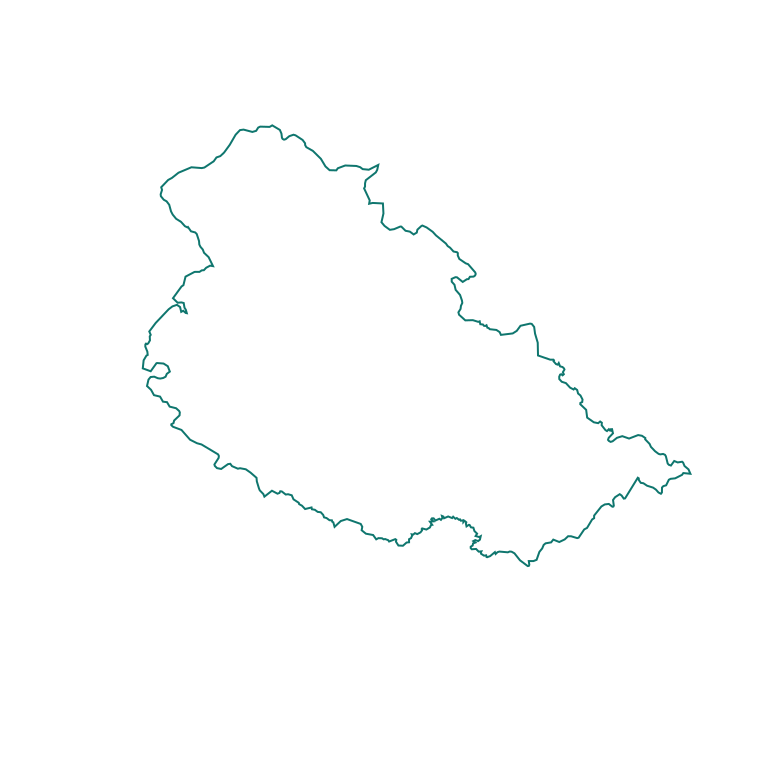 Arivonimamo, Itasy, Madagascar, rotated 128°
{"feature_id": "10022922B99194691228489", "entity_name": "Arivonimamo", "entity_type": "district", "adm_level": 2, "iso_a3": "MDG", "parent_name": "Madagascar", "parent_adm1": "Itasy", "projection": "natural_earth1", "projection_center": [47.286, -19.045], "detail": "fine", "context": "isolated", "style": "outline", "palette": "teal", "viewbox_px": 768, "rotation_deg": 128, "n_neighbors": 0, "source": "geoboundaries", "source_scale": "gbopen_adm2", "svg_char_len": 6155}
<svg xmlns="http://www.w3.org/2000/svg" viewBox="0 0 768 768"><g transform="rotate(128 384 384)"><path d="M330.9,132.2L325.7,130.4L325.6,128.1L326.7,124.5L325.7,123.6L301.6,126.3L301.5,125.2L302.8,124.0L303.8,120.8L302.5,118.5L302.2,114.1L300.0,108.2L299.8,104.7L300.5,100.9L300.0,98.2L298.4,98.2L294.4,101.2L292.5,101.0L290.1,99.3L284.1,100.6L282.3,99.8L279.1,96.5L272.1,93.2L269.9,93.3L266.1,87.3L263.8,91.5L263.6,96.7L261.8,99.9L261.7,101.2L265.0,104.3L266.0,107.9L271.6,107.7L272.3,109.8L272.0,111.5L267.4,117.4L266.8,119.0L267.3,121.0L269.4,123.0L270.0,124.6L270.1,129.0L269.2,135.0L267.7,137.8L266.8,144.1L265.7,144.8L266.0,148.9L267.8,152.3L276.1,157.3L278.4,164.1L283.0,167.3L288.4,168.6L290.1,169.8L290.4,171.8L290.1,173.1L288.0,173.8L281.9,173.2L279.2,176.5L280.1,177.5L281.2,176.6L281.7,177.7L281.3,179.0L283.8,179.3L284.0,181.1L282.5,187.1L280.4,188.5L280.5,190.6L283.0,191.1L285.0,195.1L285.4,203.2L279.9,208.8L279.1,216.9L278.0,217.6L276.2,216.7L274.0,218.0L272.1,222.1L272.0,225.2L269.8,228.1L269.9,231.1L271.6,231.2L272.3,235.1L271.3,241.2L272.8,245.3L272.2,248.9L270.4,250.4L268.2,251.0L267.2,250.4L267.2,248.6L265.6,248.3L264.6,250.3L261.5,250.7L260.9,251.7L260.7,253.8L261.7,256.1L259.9,259.2L261.8,259.0L262.4,260.7L261.7,264.4L260.7,264.6L260.5,265.5L262.5,268.0L266.7,280.2L256.8,288.3L251.3,296.0L246.6,300.8L245.7,304.6L246.5,306.1L254.1,312.3L260.4,312.1L264.9,313.7L273.3,322.1L271.9,324.8L272.2,328.7L275.7,334.4L275.5,336.0L276.0,337.2L274.6,339.4L275.9,339.9L276.6,341.1L276.2,342.7L277.6,344.9L275.7,347.2L277.0,348.0L279.0,353.3L283.8,359.1L283.2,367.5L281.7,369.5L277.7,369.9L275.0,371.5L271.9,372.2L270.2,374.0L267.0,378.9L265.7,385.5L262.4,389.6L261.7,393.6L259.5,395.4L255.9,393.5L255.0,392.2L255.1,384.8L250.4,383.2L249.3,382.0L246.6,382.3L244.2,379.5L242.4,379.0L240.8,379.5L239.9,380.8L237.8,391.5L238.6,393.9L239.1,401.6L237.3,405.0L235.4,406.4L235.2,407.6L236.8,410.8L235.9,415.9L236.1,418.7L235.2,421.7L234.9,434.5L234.1,439.3L234.4,446.8L235.5,451.3L236.4,451.8L241.8,452.7L244.5,451.4L247.9,452.7L248.0,457.4L250.0,461.4L249.3,467.2L249.9,468.1L255.8,471.4L258.9,474.3L259.1,480.9L258.1,485.6L250.0,489.4L242.4,496.0L248.3,504.4L251.1,506.7L248.1,508.3L242.1,520.1L240.1,520.5L237.5,522.5L234.6,523.8L222.3,520.7L219.4,521.2L214.9,523.4L224.5,527.9L227.8,533.1L227.8,536.2L229.2,540.0L235.7,549.1L242.4,553.2L245.0,553.1L249.0,558.5L248.6,564.1L245.4,572.4L244.1,583.5L245.2,591.0L244.3,593.2L242.9,594.4L241.8,598.4L242.5,606.8L243.3,608.8L247.0,611.2L251.6,612.2L253.0,613.2L253.3,614.7L252.8,616.0L249.8,619.0L247.9,622.5L249.0,631.3L251.8,632.4L257.4,640.0L259.4,641.0L263.2,640.6L266.4,642.9L270.0,651.3L272.6,653.8L278.9,654.4L290.5,652.8L300.1,652.5L305.2,653.3L308.6,655.5L313.3,655.3L324.0,658.8L326.1,660.6L331.8,669.2L344.0,676.0L352.2,678.0L356.1,679.7L366.1,680.7L367.7,678.4L372.0,676.8L373.4,675.4L374.4,671.0L373.9,667.8L375.0,663.6L379.1,658.1L380.6,654.8L381.8,649.5L381.2,643.8L382.2,638.0L381.6,635.2L381.0,635.1L382.5,630.1L380.8,626.1L381.1,623.9L385.2,617.8L387.8,615.4L388.9,613.1L389.6,609.6L391.4,606.6L392.0,600.3L396.4,591.3L397.8,593.9L401.9,595.7L405.2,596.0L406.7,597.6L409.2,598.4L412.3,602.3L421.6,606.5L429.6,602.9L431.8,603.6L446.3,603.1L447.0,596.7L444.4,593.8L443.5,591.7L446.7,588.2L447.5,585.9L449.6,583.0L450.1,584.0L449.9,587.3L452.0,588.2L448.9,592.1L449.1,595.9L453.1,598.5L457.7,599.7L476.5,601.5L487.1,601.3L488.9,598.1L490.7,597.9L493.7,595.3L497.2,594.8L498.4,595.2L498.7,596.4L499.7,596.4L501.5,595.1L504.2,590.4L506.6,588.1L507.9,588.7L513.3,588.0L520.2,583.7L517.6,575.7L507.7,576.1L507.1,575.6L503.6,570.3L503.1,565.3L506.1,560.4L509.7,561.4L512.7,560.6L515.2,561.7L517.5,563.7L518.7,565.8L519.7,569.6L522.2,572.2L525.5,572.3L531.5,569.5L532.0,564.0L534.4,558.4L531.8,552.7L534.0,547.3L531.9,543.8L533.8,539.0L531.1,532.9L531.4,528.7L532.1,527.4L534.6,525.8L542.0,526.9L544.4,525.8L546.7,526.8L547.4,526.2L547.6,523.9L544.9,515.3L547.3,502.5L545.8,494.9L544.0,490.6L541.6,471.4L542.4,469.8L544.1,468.8L551.8,468.1L552.7,466.9L553.1,463.8L551.2,460.0L543.2,457.6L541.5,456.0L542.3,453.2L540.7,447.0L539.0,445.6L536.3,440.4L536.0,434.6L536.4,426.7L539.0,424.3L543.3,418.2L544.3,416.4L545.0,411.3L546.4,408.9L537.1,406.6L536.0,400.4L534.2,399.3L532.4,399.7L531.6,398.4L531.6,393.4L529.9,391.7L528.5,388.2L530.6,384.3L530.1,378.0L530.9,376.9L530.4,373.7L531.1,369.2L525.9,365.1L527.1,363.7L525.7,361.1L525.6,357.5L524.0,354.9L524.6,351.3L526.0,349.1L525.0,346.8L524.9,343.1L523.5,341.1L524.4,340.0L524.2,338.8L527.0,335.0L518.6,333.7L513.2,330.0L508.6,316.2L509.9,313.2L513.0,311.6L513.1,306.1L509.7,299.6L511.2,294.5L508.9,293.5L506.8,290.6L506.6,288.6L505.5,287.7L504.5,284.5L505.0,283.0L499.3,279.6L499.2,278.4L500.9,277.5L502.4,273.2L499.8,269.5L495.0,268.6L493.3,266.8L490.9,268.7L488.8,267.8L486.1,268.5L485.4,269.6L484.7,268.3L482.5,267.8L481.8,265.4L478.5,263.9L475.9,263.9L475.1,265.0L474.3,265.0L472.6,261.0L468.8,259.5L466.3,260.1L465.3,259.3L464.2,263.1L461.9,260.6L461.5,263.5L460.3,263.5L459.3,262.2L459.9,259.4L456.1,257.4L456.0,255.5L453.5,255.5L452.3,257.1L451.9,255.6L452.8,254.0L448.9,251.9L447.7,247.8L446.0,247.8L446.3,244.8L444.8,244.1L444.8,241.2L443.9,240.8L444.4,239.2L442.5,237.6L444.0,236.4L442.4,236.3L442.2,235.6L442.3,234.0L443.6,233.5L445.4,231.3L442.7,230.4L442.4,229.8L443.4,227.2L442.2,225.1L444.2,222.2L444.6,218.5L447.4,218.2L446.0,214.8L444.4,214.1L447.6,212.6L449.8,213.1L450.8,216.0L452.8,216.9L452.7,214.4L454.8,215.7L456.7,214.7L458.8,215.5L459.9,214.7L460.2,213.1L457.3,209.9L457.8,206.2L455.9,204.2L457.3,203.9L458.0,203.0L457.7,199.5L456.1,198.0L457.2,196.7L457.0,196.1L454.3,194.4L448.2,193.1L449.2,191.4L446.6,191.0L445.0,189.9L440.4,182.8L438.6,181.8L437.6,180.2L437.1,177.0L439.2,168.3L439.0,158.7L438.2,157.9L437.0,158.2L434.4,160.9L431.5,157.2L428.6,155.5L420.6,158.2L416.2,158.1L412.5,159.1L410.1,158.6L405.9,154.8L402.4,154.8L400.6,148.6L395.2,145.9L390.6,145.2L388.8,142.8L386.5,136.9L385.3,136.0L375.3,136.7L372.4,135.4L362.6,136.6L360.4,135.8L358.3,137.4L346.7,137.3L343.0,135.9L340.1,133.0L340.1,128.5L339.4,127.8L338.4,128.0L334.4,132.1L330.9,132.2Z" fill="none" stroke="#0f766e" stroke-width="2"/></g></svg>